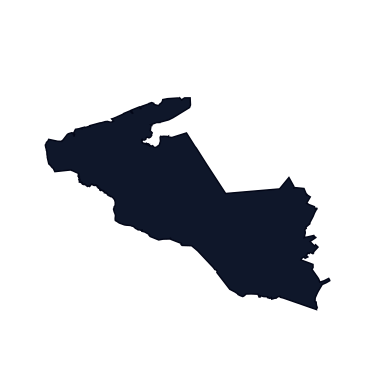 the district of Alphen-Chaam, Noord-Brabant, Netherlands, rotated 12°
{"feature_id": "6326949B83177775989799", "entity_name": "Alphen-Chaam", "entity_type": "district", "adm_level": 2, "iso_a3": "NLD", "parent_name": "Netherlands", "parent_adm1": "Noord-Brabant", "projection": "mercator", "projection_center": [4.85, 51.507], "detail": "fine", "context": "isolated", "style": "filled", "palette": "ink", "viewbox_px": 384, "rotation_deg": 12, "n_neighbors": 0, "source": "geoboundaries", "source_scale": "gbopen_adm2", "svg_char_len": 5923}
<svg xmlns="http://www.w3.org/2000/svg" viewBox="0 0 384 384"><g transform="rotate(12 192 192)"><path d="M338.2,281.1L337.9,280.1L338.3,279.8L338.6,279.3L338.2,278.9L338.1,278.6L338.2,278.4L337.7,277.8L336.8,275.6L336.3,273.8L335.3,273.8L335.1,273.7L334.5,269.9L335.4,265.5L336.0,263.1L338.6,255.4L342.2,252.8L345.2,250.1L345.0,249.6L343.7,248.1L339.6,251.4L335.8,253.6L334.7,251.8L333.6,250.3L325.3,242.6L325.9,241.4L326.1,240.6L325.4,237.7L312.6,235.8L313.1,233.9L313.1,234.1L315.0,232.1L316.4,233.3L318.8,231.4L316.8,230.1L317.5,229.0L317.9,227.8L318.1,227.9L318.3,227.5L319.4,227.8L320.1,226.5L323.1,227.2L323.6,226.3L323.4,225.9L323.1,225.8L326.7,219.7L323.8,217.9L323.1,219.4L317.7,215.9L322.6,210.8L322.3,210.5L320.7,210.7L321.1,210.2L320.2,209.2L313.8,212.2L312.7,212.5L311.2,213.4L311.3,208.7L311.1,207.7L310.1,205.3L311.3,203.8L310.7,202.7L313.8,198.7L313.4,198.5L314.4,194.7L314.4,194.4L314.5,194.4L315.5,190.8L316.2,186.9L317.5,182.5L317.7,182.4L317.4,182.0L316.1,182.9L314.8,180.9L308.4,179.9L307.8,179.4L306.4,179.2L308.7,172.2L305.9,171.2L304.8,170.4L304.6,170.9L300.8,165.3L291.1,166.4L291.2,167.0L290.9,167.1L290.7,166.0L290.4,165.3L283.8,157.7L277.0,170.8L225.2,186.5L200.0,161.4L187.1,148.2L185.6,147.0L174.3,135.4L161.0,142.9L157.6,143.1L157.4,142.2L157.0,142.6L157.0,142.9L155.5,142.9L152.6,143.4L151.9,143.6L151.9,144.1L149.8,144.0L149.5,144.8L149.5,145.3L150.6,148.8L150.2,152.9L148.4,154.8L148.2,155.4L146.7,156.1L145.3,156.1L143.9,154.9L143.7,155.1L141.5,155.8L141.5,155.4L140.5,155.4L140.6,155.2L140.2,154.9L140.3,154.6L139.9,154.7L140.0,154.3L139.1,154.1L138.8,154.2L138.8,153.9L138.7,153.9L138.4,154.0L138.5,154.2L138.1,154.7L138.2,155.0L137.7,155.0L137.6,154.7L137.4,154.8L137.1,154.0L136.8,154.3L136.7,154.6L136.2,154.3L134.9,154.8L134.6,154.2L133.7,154.5L133.2,154.0L132.8,154.0L132.4,153.6L132.4,153.4L132.8,153.3L132.4,152.6L132.6,152.1L132.1,151.7L132.3,151.5L132.3,151.2L132.1,151.2L132.3,150.7L133.9,151.2L134.6,151.1L135.6,150.3L135.9,149.9L135.7,149.0L136.4,147.9L136.9,147.7L138.7,148.0L140.0,146.9L140.8,145.0L140.4,144.2L140.8,142.4L138.3,140.7L138.4,140.2L138.1,135.3L138.9,135.3L138.9,135.1L138.8,134.4L138.3,134.4L142.9,131.4L146.0,130.7L145.9,130.5L154.1,126.3L157.9,123.3L172.0,109.9L172.4,107.2L170.6,100.3L165.2,101.5L163.9,102.7L162.9,104.2L160.4,102.5L160.3,102.9L160.0,103.0L159.3,102.9L157.9,103.2L148.7,105.8L144.2,107.7L144.2,109.3L143.8,110.6L143.3,111.5L142.2,112.7L141.5,114.4L141.3,114.3L138.9,114.6L138.9,114.4L136.4,114.3L136.3,113.3L134.0,112.9L132.3,113.9L132.6,114.0L126.3,117.9L126.6,118.9L125.9,118.1L124.1,119.3L124.0,119.9L124.8,121.0L124.7,121.1L124.0,121.1L122.9,119.7L115.6,124.6L117.7,127.2L117.6,127.3L117.4,127.1L117.0,127.3L116.1,126.8L114.7,125.4L109.9,128.7L108.8,129.5L109.0,129.8L100.9,135.6L99.2,136.8L98.9,136.8L98.2,137.2L100.5,139.0L98.9,140.3L97.5,140.7L94.7,140.5L92.5,141.2L88.8,143.2L87.7,143.5L78.2,148.4L78.6,149.0L78.1,149.0L74.0,151.2L73.7,151.3L73.5,150.9L69.9,152.7L70.3,153.0L69.9,153.0L65.0,154.9L64.1,158.5L64.3,158.7L64.5,159.4L65.2,160.0L65.2,160.3L65.0,160.8L65.2,161.6L64.9,161.7L64.8,161.3L64.0,160.7L63.6,159.2L63.4,159.0L61.9,159.1L59.0,160.7L58.1,161.6L55.1,167.8L54.5,168.7L53.7,169.4L53.8,169.6L50.1,170.3L40.9,170.3L40.5,172.1L39.4,173.7L39.0,176.5L38.8,176.6L39.5,178.4L40.6,180.5L40.9,181.5L41.6,182.5L42.5,186.0L42.9,186.5L43.3,188.3L46.1,194.3L47.9,195.3L50.1,197.1L51.5,197.8L53.6,200.6L69.2,195.5L69.4,195.6L69.3,195.8L70.3,196.0L70.4,195.9L73.7,196.7L74.8,196.9L74.9,196.7L74.9,196.9L77.3,197.5L77.1,198.3L77.6,198.6L77.9,199.1L77.9,199.3L77.4,199.3L77.2,200.1L77.4,200.3L78.2,200.1L78.6,200.5L78.2,201.0L78.2,201.5L78.9,201.6L79.1,202.1L79.0,202.4L79.3,202.6L78.9,202.9L79.0,203.2L78.8,203.4L79.0,203.6L79.3,203.3L79.7,203.5L79.8,203.8L79.5,203.9L79.7,204.2L79.4,204.5L79.5,204.7L79.9,205.1L79.7,205.3L79.8,205.7L80.4,205.5L80.8,205.8L81.4,205.7L82.0,205.3L82.2,205.6L82.2,206.0L82.3,206.2L82.7,206.1L82.7,206.4L83.0,206.5L83.2,207.0L83.5,206.9L83.7,207.1L84.6,207.2L85.1,206.6L85.7,206.6L85.9,207.1L86.5,207.1L87.6,207.9L88.4,208.0L88.6,208.2L89.1,207.7L89.8,207.8L90.1,207.4L90.5,207.9L90.8,207.6L90.8,207.2L91.1,207.2L91.4,206.7L91.6,205.7L92.1,205.5L92.1,205.3L92.9,205.3L93.3,205.1L93.7,205.4L93.8,205.8L94.5,205.9L95.2,205.9L95.6,205.5L95.9,205.6L96.1,205.2L96.3,205.4L96.7,205.2L97.0,205.5L97.3,205.4L97.6,205.7L97.8,205.7L97.9,206.0L98.0,205.9L98.3,206.3L98.4,206.2L98.5,206.6L98.8,206.9L98.9,206.7L99.6,207.1L99.8,207.7L100.8,207.7L100.8,207.9L101.1,208.0L101.3,208.5L101.3,209.1L101.8,209.4L102.3,209.5L102.6,208.8L103.1,209.0L103.1,208.8L104.1,209.1L104.3,209.3L104.5,209.1L104.7,209.3L105.4,209.3L105.3,209.7L105.4,209.9L106.5,210.2L106.5,210.6L106.9,210.4L107.1,210.6L107.2,211.0L107.8,211.0L108.1,210.6L108.4,211.0L109.1,211.2L110.0,212.3L110.4,212.2L110.6,212.5L111.6,212.4L111.7,212.9L112.2,212.8L112.5,213.1L112.8,213.2L113.2,213.1L113.5,213.4L114.2,213.2L116.0,214.1L117.9,215.7L119.0,217.8L119.7,221.2L119.0,222.4L119.0,224.6L118.8,225.0L120.0,227.5L121.4,229.5L121.7,230.3L122.0,230.4L122.3,233.6L122.6,234.9L122.9,235.2L122.8,235.5L123.0,235.8L123.5,235.8L123.5,236.0L124.3,236.2L127.2,237.4L132.7,238.2L134.5,238.1L138.9,237.5L140.2,237.8L141.8,237.8L144.3,239.3L146.2,239.8L146.6,240.1L147.5,240.2L148.0,239.9L150.3,240.1L151.0,239.7L151.1,240.8L154.0,240.9L159.1,242.5L158.9,243.1L160.3,244.2L169.4,245.8L173.5,244.1L180.7,242.4L180.4,241.8L180.6,241.7L181.2,242.7L192.3,244.5L192.2,245.6L193.4,246.3L202.8,244.6L209.9,248.4L228.6,261.4L230.5,263.1L232.0,263.2L233.2,264.5L233.1,265.6L249.2,279.3L254.7,280.8L258.5,282.3L258.4,282.7L260.6,283.3L263.4,283.7L264.4,282.9L266.2,280.5L271.5,279.3L276.9,278.4L277.6,278.1L279.5,280.8L280.6,280.4L280.1,279.2L283.9,279.4L287.8,278.7L287.9,279.6L290.4,279.8L291.6,278.7L292.3,280.2L295.0,278.7L296.4,278.3L297.6,276.7L299.5,275.8L300.0,275.8L300.3,276.6L303.3,276.7L338.2,281.1Z" fill="#0f172a" stroke="#020617" stroke-width="1.5"/></g></svg>